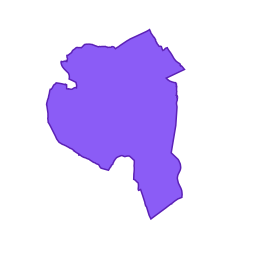 Uitgeest, Noord-Holland, Netherlands (Robinson projection), rotated 70°
{"feature_id": "6326949B50941675836803", "entity_name": "Uitgeest", "entity_type": "district", "adm_level": 2, "iso_a3": "NLD", "parent_name": "Netherlands", "parent_adm1": "Noord-Holland", "projection": "robinson", "projection_center": [4.72, 52.523], "detail": "fine", "context": "isolated", "style": "filled", "palette": "violet", "viewbox_px": 256, "rotation_deg": 70, "n_neighbors": 0, "source": "geoboundaries", "source_scale": "gbopen_adm2", "svg_char_len": 5497}
<svg xmlns="http://www.w3.org/2000/svg" viewBox="0 0 256 256"><g transform="rotate(70 128 128)"><path d="M211.6,101.1L210.4,100.6L209.3,100.0L208.3,99.7L206.9,99.3L205.5,99.0L204.6,98.9L202.7,98.9L199.9,99.2L197.9,99.4L196.9,99.5L193.5,99.1L191.9,98.8L191.2,98.4L190.5,98.0L189.5,97.4L188.7,96.7L185.7,93.6L184.4,92.6L183.8,92.3L182.9,91.9L180.3,91.3L179.1,91.2L178.3,91.3L176.1,91.4L174.6,91.7L166.1,95.9L142.1,82.3L125.8,75.1L124.8,74.7L121.9,74.2L121.2,73.9L120.1,73.4L118.8,72.3L117.9,71.9L117.4,71.5L116.3,71.7L116.1,71.7L115.8,71.5L115.6,71.5L115.5,71.1L115.4,71.1L115.5,70.9L115.4,70.9L115.2,70.8L114.8,71.0L114.6,70.8L114.4,70.8L114.2,70.8L114.0,71.0L113.8,71.3L113.7,71.5L112.6,70.6L112.0,70.6L110.6,69.8L110.1,69.6L109.9,69.6L109.6,69.6L108.1,69.1L105.6,68.0L105.5,68.4L103.3,67.5L103.2,67.8L102.9,67.8L102.5,67.7L101.7,67.7L101.0,69.2L100.6,69.7L99.7,70.9L98.5,72.3L98.2,72.7L97.4,73.3L96.3,73.9L96.3,74.1L94.2,75.0L92.9,61.5L92.3,54.9L88.6,56.2L88.3,56.4L87.3,57.0L87.2,57.1L87.5,57.4L87.3,57.5L87.2,57.3L87.0,57.2L85.6,57.2L84.3,58.1L84.2,58.2L83.0,59.1L81.3,60.1L79.0,60.9L78.2,61.1L74.6,61.7L71.4,62.4L69.5,63.0L67.2,63.5L66.5,63.6L66.4,63.7L66.3,63.8L66.0,63.7L65.9,64.6L65.9,65.1L66.0,65.7L66.1,66.0L66.5,66.6L66.8,67.1L66.9,67.4L67.1,68.7L65.9,68.9L62.9,68.8L62.8,69.0L62.4,69.3L62.3,69.5L62.1,70.3L62.0,70.6L61.7,70.9L61.5,71.0L60.4,71.2L59.7,71.5L57.9,72.0L57.8,71.9L57.7,71.8L56.8,72.0L55.9,72.2L55.5,72.2L55.2,72.2L54.8,71.9L54.7,71.9L53.9,72.0L53.0,72.2L51.9,72.3L51.8,72.6L51.7,72.7L51.3,72.7L50.8,72.9L49.5,73.2L46.5,74.0L45.6,73.9L42.9,74.1L43.0,74.5L43.2,75.3L43.4,76.6L43.6,77.8L44.3,85.8L44.3,86.5L44.4,86.8L44.5,87.1L44.4,87.7L44.5,88.1L45.1,95.6L45.3,96.7L45.5,97.2L45.6,97.6L45.6,98.1L45.6,98.4L47.8,107.4L48.2,108.5L48.4,109.2L48.5,109.5L48.5,110.1L49.2,112.7L48.5,113.0L47.6,113.3L47.2,113.5L46.6,114.1L46.0,115.2L46.0,115.4L46.2,115.8L46.3,116.4L46.3,116.5L45.6,118.5L45.4,119.2L45.4,119.3L45.4,119.5L45.1,119.6L44.9,119.7L44.7,120.2L44.4,120.6L43.6,121.4L43.4,122.1L42.6,124.3L42.3,125.3L42.2,125.9L41.9,126.5L41.6,127.0L41.6,127.5L41.6,127.9L41.6,128.0L41.3,128.4L41.0,128.9L40.3,129.6L39.9,130.1L39.7,130.4L39.3,130.9L38.4,131.8L38.0,132.4L37.3,133.0L37.0,133.7L36.7,134.3L36.3,134.9L35.5,136.9L35.3,137.9L34.9,138.6L34.9,139.1L34.9,139.6L34.7,140.0L34.9,140.7L35.2,141.4L36.2,143.4L36.6,144.5L36.1,145.3L36.0,145.7L35.5,147.2L35.0,148.0L34.8,148.8L34.8,149.2L35.2,150.4L35.5,151.0L35.9,152.6L36.1,153.2L36.5,153.8L36.7,154.2L37.5,154.9L37.8,155.3L39.1,159.4L39.0,159.7L38.9,160.6L39.6,160.8L40.0,160.9L40.6,161.1L41.9,161.1L42.3,161.2L43.7,162.1L44.0,162.2L44.1,162.3L43.7,162.8L44.5,163.0L43.5,164.6L43.4,165.0L43.4,166.0L43.4,166.6L43.2,167.0L42.6,167.9L42.9,168.2L43.1,168.4L44.4,168.7L45.5,168.8L46.7,168.8L48.1,168.6L49.4,168.2L50.1,168.0L51.5,167.4L55.3,165.6L55.9,165.3L56.5,165.2L57.8,165.2L58.8,165.3L59.7,165.6L60.6,165.9L61.0,166.1L61.8,166.6L64.4,164.0L67.3,161.3L68.8,161.5L70.2,161.6L72.6,162.7L72.3,163.0L72.0,163.8L71.9,164.1L71.9,164.5L71.9,164.9L72.3,166.7L72.4,167.0L72.4,167.4L72.3,167.7L72.2,168.1L72.1,168.4L70.8,170.5L71.0,170.7L70.1,172.2L66.4,170.9L65.5,171.8L65.9,172.0L63.9,174.9L62.6,177.1L61.0,180.1L61.5,180.6L61.9,181.9L62.1,182.7L62.3,183.1L63.3,184.3L64.2,185.2L65.4,186.9L65.4,187.0L65.3,187.3L65.0,187.8L66.4,188.9L68.6,190.1L70.5,191.4L72.0,192.3L72.3,192.4L72.7,192.6L72.9,192.8L72.9,193.0L73.2,193.2L74.7,194.4L75.3,194.7L75.9,195.2L76.7,195.7L76.9,195.9L77.5,196.1L77.7,196.3L78.0,196.3L78.4,196.6L79.2,196.6L86.9,198.2L87.7,198.5L90.8,199.6L91.1,199.9L91.3,200.0L94.6,200.8L95.3,201.1L96.0,200.9L97.6,200.6L99.6,200.3L110.6,199.0L113.5,198.8L114.2,198.7L118.0,197.6L119.0,196.7L120.5,195.6L121.2,194.9L121.5,194.5L122.1,193.8L122.9,193.1L123.4,192.5L124.9,191.3L125.0,191.1L125.2,190.9L127.5,189.1L127.6,188.9L127.7,188.7L128.0,188.4L128.5,187.9L130.7,186.5L130.9,186.7L131.0,186.6L131.6,186.2L133.2,185.1L134.1,184.4L134.6,183.9L135.2,183.5L135.5,183.4L137.3,183.5L136.8,183.2L136.6,182.9L136.4,182.8L136.2,182.7L137.9,181.7L138.8,181.1L139.7,180.3L140.7,179.3L140.9,179.1L141.0,178.7L141.4,178.2L143.0,176.7L143.3,176.2L144.3,175.1L145.4,174.5L146.7,173.4L147.6,172.9L148.1,172.4L148.9,171.7L149.5,170.8L150.2,170.4L150.8,170.0L151.5,169.1L152.2,168.3L152.6,168.0L152.8,168.0L155.3,167.6L156.3,167.2L156.8,166.7L161.0,160.8L158.8,158.1L158.6,157.5L158.3,157.2L157.4,156.4L157.2,156.1L157.0,155.1L156.9,154.8L156.6,154.5L156.1,154.2L155.7,153.9L155.2,153.3L154.2,152.3L153.9,152.0L153.7,151.6L153.4,151.2L153.0,150.7L152.0,149.0L151.9,148.6L151.7,146.9L151.7,146.3L151.7,145.6L151.6,144.1L151.8,143.3L151.9,143.0L152.4,142.4L153.7,141.0L153.9,140.3L153.9,139.4L154.3,137.5L154.9,136.3L155.1,136.1L158.1,134.5L159.6,133.8L160.0,133.5L160.3,133.3L160.8,133.3L161.0,133.3L163.6,134.3L165.5,135.2L166.2,135.4L167.1,135.6L169.1,136.3L171.4,137.3L173.2,138.2L178.2,140.2L178.4,139.9L179.0,139.5L179.5,139.0L181.5,138.2L182.5,137.5L182.6,137.4L183.0,137.3L184.0,137.4L185.2,137.7L186.7,138.3L188.6,139.2L189.2,139.4L189.8,139.4L190.2,139.4L190.3,139.3L190.2,138.7L190.1,138.0L190.1,137.2L195.3,137.3L196.2,137.3L198.4,137.4L203.8,137.6L204.9,137.9L206.2,137.9L207.1,138.1L207.6,137.8L207.9,137.7L208.5,137.6L209.2,137.6L217.2,138.0L218.4,137.9L219.3,137.8L221.3,137.6L220.2,133.9L215.7,118.8L215.6,118.6L214.2,114.1L213.9,113.0L213.9,112.9L214.1,112.8L214.0,112.7L213.9,112.7L213.4,111.2L212.8,109.6L212.5,108.5L211.9,106.1L211.7,105.3L211.7,104.1L211.6,101.1Z" fill="#8b5cf6" stroke="#5b21b6" stroke-width="1.5"/></g></svg>